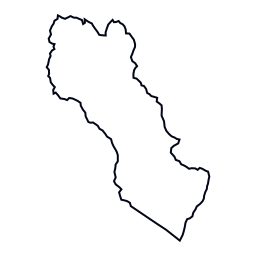 Campo Magro, Paraná, Brazil
{"feature_id": "56859067B84797689700286", "entity_name": "Campo Magro", "entity_type": "district", "adm_level": 2, "iso_a3": "BRA", "parent_name": "Brazil", "parent_adm1": "Paraná", "projection": "equal_earth", "projection_center": [-49.466, -25.298], "detail": "fine", "context": "isolated", "style": "outline", "palette": "ink", "viewbox_px": 256, "rotation_deg": 0, "n_neighbors": 0, "source": "geoboundaries", "source_scale": "gbopen_adm2", "svg_char_len": 2260}
<svg xmlns="http://www.w3.org/2000/svg" viewBox="0 0 256 256"><path d="M136.6,78.6L133.5,77.8L133.4,74.1L134.1,70.2L135.5,67.8L137.1,66.2L135.2,63.2L132.4,61.2L130.9,57.1L132.2,54.1L133.5,50.4L135.0,47.0L135.1,44.1L133.8,39.6L131.7,36.8L129.5,33.6L126.0,33.4L125.7,29.6L124.5,26.4L122.7,24.3L120.2,23.0L118.6,21.0L116.1,22.0L114.0,22.2L112.6,19.9L111.0,21.5L108.2,24.6L106.8,28.6L105.6,32.3L105.7,35.5L101.4,35.2L99.2,34.8L97.5,31.9L95.2,28.8L93.1,25.8L91.9,23.5L88.4,21.8L84.7,19.3L84.9,22.8L83.1,24.0L82.0,20.1L79.5,19.0L76.4,17.7L73.9,17.7L70.5,16.1L68.2,17.3L65.0,18.8L61.9,17.7L60.1,16.5L57.9,15.4L57.5,18.9L54.5,20.7L53.6,23.7L51.8,26.3L50.0,30.6L51.0,34.5L48.7,38.6L49.5,42.0L52.3,43.7L54.5,44.1L53.5,46.7L54.4,49.1L52.1,50.4L50.0,53.5L50.6,56.0L49.1,59.2L48.0,64.6L46.7,67.2L48.9,69.8L49.1,73.8L48.2,76.1L50.0,77.8L50.8,82.4L52.8,85.0L54.8,87.1L53.2,90.0L53.6,93.7L55.7,92.6L58.1,95.3L60.3,98.4L64.7,99.1L67.1,100.1L69.2,98.0L72.6,98.5L77.3,100.7L80.5,102.8L80.8,105.7L83.0,109.8L85.3,112.6L85.7,116.5L87.1,119.3L88.4,122.0L90.4,122.7L93.0,122.5L95.7,124.3L97.8,125.8L99.5,128.8L102.5,130.4L105.3,133.9L107.1,136.7L109.0,137.8L111.1,139.2L112.0,142.8L113.7,146.6L115.2,149.0L116.8,152.0L117.8,155.2L117.8,161.3L115.6,164.6L115.3,168.2L114.4,171.9L115.7,177.4L114.0,181.2L115.7,184.4L119.4,187.2L121.4,189.3L119.1,192.3L120.0,195.6L121.3,199.7L124.5,200.4L127.0,201.1L129.9,202.8L130.8,206.1L151.2,219.9L156.7,223.6L159.9,225.7L166.0,229.7L179.8,240.6L182.6,235.1L183.7,231.5L184.8,226.9L185.5,222.7L187.2,219.1L189.7,218.4L192.4,216.3L193.3,212.6L195.4,209.5L196.8,206.4L200.0,204.0L202.5,201.3L203.8,198.7L204.2,195.5L205.4,191.8L206.8,189.1L207.1,186.1L208.0,183.7L208.5,180.3L209.3,176.5L208.1,171.7L205.6,170.7L202.3,168.8L199.8,167.9L197.6,169.8L195.2,168.4L191.6,168.2L189.1,168.8L186.8,167.1L184.3,165.6L181.2,164.3L179.4,161.2L175.8,159.9L174.4,156.6L170.8,152.7L171.3,148.1L174.0,145.7L175.9,144.7L178.2,143.4L179.5,139.5L176.7,138.9L174.5,137.5L171.7,136.4L169.0,134.0L166.4,130.9L164.7,127.1L164.0,121.2L161.6,115.7L161.7,112.6L161.9,109.0L161.6,105.4L159.6,103.6L156.7,101.5L157.2,97.8L153.6,96.7L151.3,96.1L149.5,94.2L147.2,93.0L146.1,89.0L144.0,86.0L141.5,85.4L140.8,82.7L136.6,78.6Z" fill="none" stroke="#020617" stroke-width="2"/></svg>